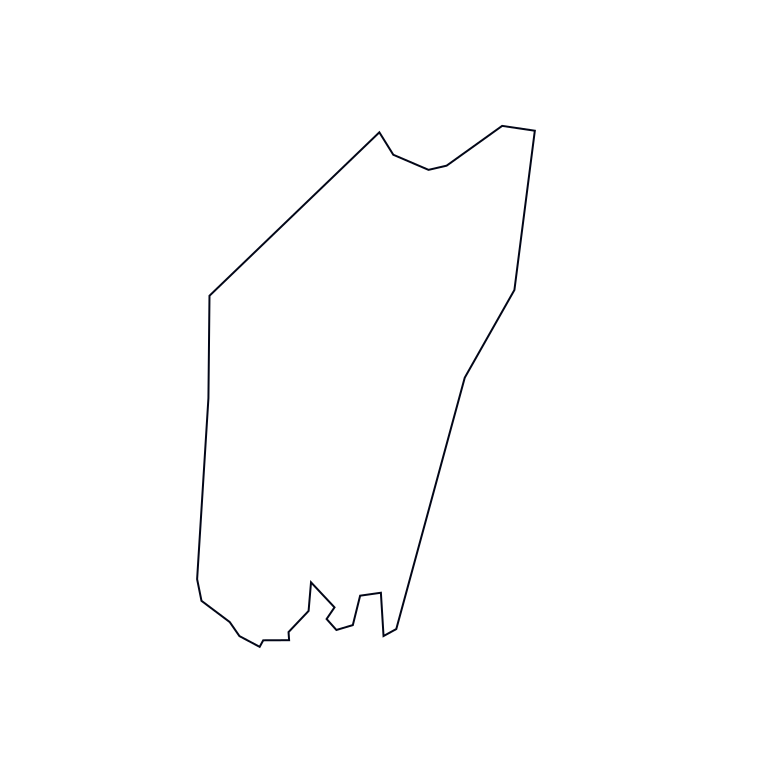 the district of Webster, Kentucky, United States of America, rotated 319°
{"feature_id": "52423323B51645732520918", "entity_name": "Webster", "entity_type": "district", "adm_level": 2, "iso_a3": "USA", "parent_name": "United States of America", "parent_adm1": "Kentucky", "projection": "equal_earth", "projection_center": [-87.761, 37.499], "detail": "fine", "context": "isolated", "style": "outline", "palette": "ink", "viewbox_px": 768, "rotation_deg": 319, "n_neighbors": 0, "source": "geoboundaries", "source_scale": "gbopen_adm2", "svg_char_len": 514}
<svg xmlns="http://www.w3.org/2000/svg" viewBox="0 0 768 768"><g transform="rotate(319 384 384)"><path d="M114.9,408.7L104.0,427.9L111.4,462.5L109.5,479.4L117.7,500.8L124.7,498.2L144.3,515.1L149.2,508.6L178.2,505.8L198.8,485.8L200.1,520.1L186.5,523.7L186.7,538.4L202.3,545.5L227.1,528.1L244.7,539.5L218.3,573.9L232.5,577.0L449.1,432.2L544.1,398.6L664.0,291.8L642.5,266.7L574.5,260.3L558.1,251.6L541.4,217.1L545.6,191.0L310.2,202.9L242.2,279.5L114.9,408.7Z" fill="none" stroke="#020617" stroke-width="2"/></g></svg>